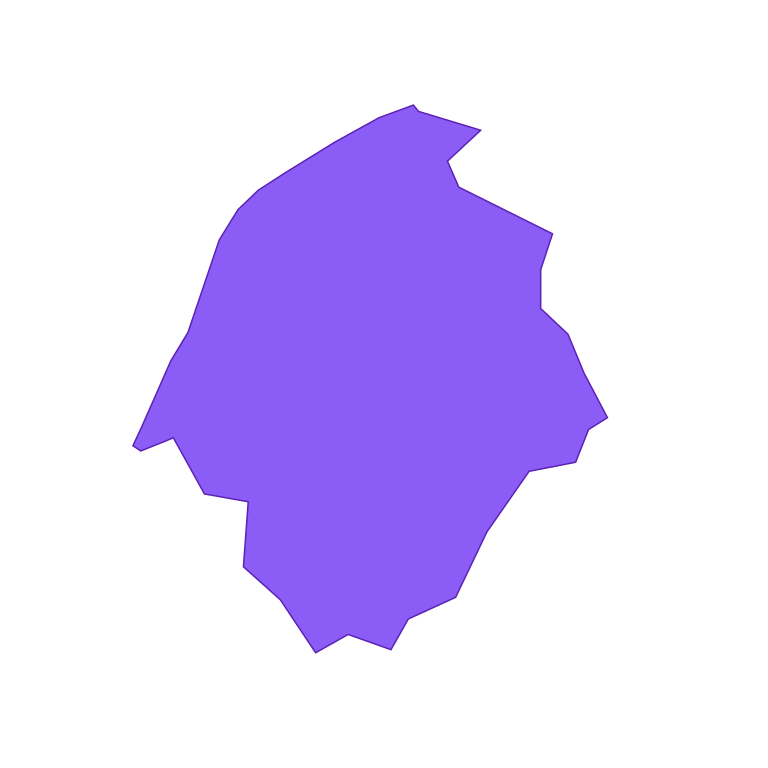 outline of Yangiarik, Khorezm, Uzbekistan, rotated 118°
{"feature_id": "79887680B98987238414073", "entity_name": "Yangiarik", "entity_type": "district", "adm_level": 2, "iso_a3": "UZB", "parent_name": "Uzbekistan", "parent_adm1": "Khorezm", "projection": "mercator", "projection_center": [60.528, 41.31], "detail": "fine", "context": "isolated", "style": "filled", "palette": "violet", "viewbox_px": 768, "rotation_deg": 118, "n_neighbors": 0, "source": "geoboundaries", "source_scale": "gbopen_adm2", "svg_char_len": 615}
<svg xmlns="http://www.w3.org/2000/svg" viewBox="0 0 768 768"><g transform="rotate(118 384 384)"><path d="M123.9,489.0L151.2,513.4L193.4,540.9L244.4,570.7L271.7,585.9L298.6,594.8L334.0,597.1L430.6,581.3L463.4,583.1L535.9,577.8L556.4,576.7L557.3,567.3L530.4,544.7L565.4,490.9L551.7,448.6L611.4,422.3L623.2,374.2L653.4,318.2L622.0,298.1L615.3,253.1L580.0,252.2L538.7,220.6L466.1,223.7L393.0,214.9L363.1,178.1L328.1,182.0L308.8,170.9L280.3,212.7L253.7,244.9L243.8,281.1L209.5,299.3L172.3,305.7L175.1,410.3L157.5,432.6L114.6,417.8L127.1,481.5L123.9,489.0Z" fill="#8b5cf6" stroke="#5b21b6" stroke-width="1.5"/></g></svg>